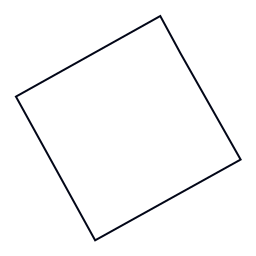 outline of Borden, Texas, United States of America, rotated 61°
{"feature_id": "52423323B58948144984010", "entity_name": "Borden", "entity_type": "district", "adm_level": 2, "iso_a3": "USA", "parent_name": "United States of America", "parent_adm1": "Texas", "projection": "albers", "projection_center": [-101.45, 32.744], "detail": "fine", "context": "isolated", "style": "outline", "palette": "ink", "viewbox_px": 256, "rotation_deg": 61, "n_neighbors": 0, "source": "geoboundaries", "source_scale": "gbopen_adm2", "svg_char_len": 241}
<svg xmlns="http://www.w3.org/2000/svg" viewBox="0 0 256 256"><g transform="rotate(61 128 128)"><path d="M45.7,45.5L46.2,210.8L210.3,211.2L210.3,209.8L210.2,44.8L88.2,45.9L45.7,45.5Z" fill="none" stroke="#020617" stroke-width="2"/></g></svg>